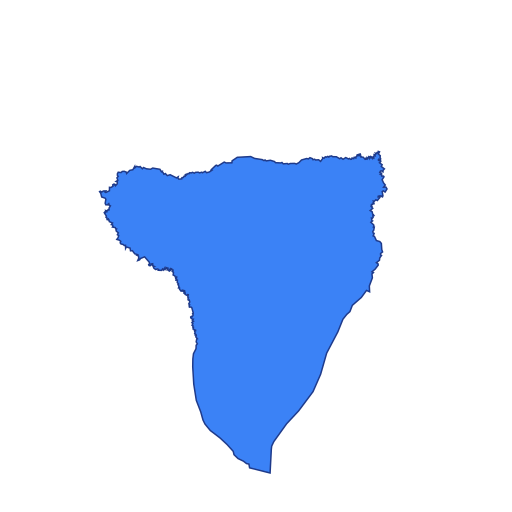 the district of Mercedes, Corrientes, Argentina, rotated 133°
{"feature_id": "61730980B22210913388495", "entity_name": "Mercedes", "entity_type": "district", "adm_level": 2, "iso_a3": "ARG", "parent_name": "Argentina", "parent_adm1": "Corrientes", "projection": "albers", "projection_center": [-57.865, -29.122], "detail": "fine", "context": "isolated", "style": "filled", "palette": "blue", "viewbox_px": 512, "rotation_deg": 133, "n_neighbors": 0, "source": "geoboundaries", "source_scale": "gbopen_adm2", "svg_char_len": 6159}
<svg xmlns="http://www.w3.org/2000/svg" viewBox="0 0 512 512"><g transform="rotate(133 256 256)"><path d="M314.8,414.1L315.6,414.3L316.0,412.3L318.1,409.1L316.6,405.8L316.9,404.5L320.3,402.3L321.0,400.8L319.2,398.7L318.9,399.5L318.1,399.4L318.9,397.9L318.6,396.7L321.0,396.2L322.5,395.0L323.0,395.8L324.3,395.4L325.2,396.9L325.7,395.7L326.2,396.6L327.7,396.5L327.4,395.7L328.1,395.6L328.8,392.7L330.0,392.1L329.8,391.1L330.8,389.9L329.7,389.3L330.4,388.7L329.9,388.2L330.9,386.7L329.7,383.4L331.7,383.2L331.1,382.0L331.9,380.8L332.7,380.7L331.2,378.3L331.7,377.2L331.3,376.4L332.4,376.2L333.1,375.1L332.9,372.5L335.0,371.9L334.7,370.4L336.4,369.4L338.8,369.1L337.7,366.9L337.5,364.9L339.0,364.3L339.3,363.1L338.1,360.8L338.2,359.5L337.2,358.7L339.3,356.6L337.8,357.0L336.1,353.5L337.8,351.3L336.4,350.0L337.1,346.2L335.8,343.6L336.7,343.7L336.1,342.1L337.5,340.3L340.0,339.4L338.2,338.5L336.6,338.8L332.6,336.9L333.3,330.0L334.3,328.3L335.4,328.7L335.9,327.8L335.4,326.8L333.6,326.4L333.1,327.1L332.1,326.3L333.4,325.0L333.1,323.7L333.7,324.3L334.6,322.2L334.3,320.1L332.8,319.4L332.3,318.2L333.1,317.8L330.9,315.2L329.3,315.5L329.5,314.2L327.9,314.5L328.5,313.9L328.1,313.2L326.2,313.8L326.0,312.2L325.6,313.5L324.9,312.0L326.7,311.5L326.1,310.7L326.2,309.1L324.7,308.8L324.3,309.4L324.7,309.9L323.4,310.0L322.9,309.0L323.6,308.6L322.8,307.3L323.5,306.5L324.3,306.8L324.4,305.0L326.4,303.7L325.9,301.8L326.6,300.2L325.6,299.6L326.5,298.8L326.1,299.5L327.4,299.2L327.3,298.3L328.2,298.0L327.3,297.0L329.1,295.5L329.3,293.6L330.1,293.6L330.7,291.7L332.2,290.9L331.5,290.2L332.5,289.1L332.7,287.3L332.0,286.9L332.6,286.7L331.9,285.9L331.0,286.2L330.3,284.9L331.3,285.0L330.9,284.3L331.9,283.7L330.9,283.3L331.5,282.4L332.1,282.6L332.4,281.6L331.7,279.0L330.8,279.6L330.5,279.1L332.6,277.8L332.6,276.9L333.9,276.4L334.4,275.4L333.7,274.8L334.8,273.1L336.9,272.5L336.9,271.2L338.0,271.0L338.8,269.8L337.7,268.8L337.6,267.7L340.5,263.0L342.0,263.1L341.2,262.6L342.5,261.5L344.0,261.3L344.0,261.9L345.1,262.2L345.7,261.6L345.7,259.7L345.0,258.8L346.8,258.4L346.4,257.2L348.5,257.4L348.5,256.0L350.3,255.5L350.0,254.5L351.1,253.7L350.8,253.1L352.3,252.3L351.6,249.9L352.2,250.1L352.2,249.4L352.8,249.7L353.7,248.2L354.6,247.9L354.4,246.5L355.2,246.5L354.9,245.5L356.2,244.9L356.5,242.4L357.2,242.7L359.6,241.2L360.2,239.0L362.1,238.9L364.6,236.7L370.1,235.1L374.2,232.1L380.1,226.8L392.1,214.2L402.3,201.2L407.7,190.1L412.1,182.9L413.7,178.7L414.8,170.4L413.6,158.2L413.6,148.4L414.4,139.4L416.3,136.6L416.4,131.0L414.6,125.2L414.3,121.4L413.0,119.3L415.3,116.2L405.1,97.7L387.0,112.9L384.3,114.9L379.6,116.4L357.8,119.2L340.2,119.2L316.3,121.8L298.4,128.1L278.8,138.1L255.7,144.4L243.0,149.3L236.8,149.8L232.6,149.4L226.4,151.9L214.5,150.7L205.8,151.7L204.7,148.5L200.6,152.7L192.6,156.0L190.0,159.0L188.1,158.8L188.5,160.4L184.3,159.9L179.3,160.4L178.5,161.4L178.8,163.4L174.9,162.8L173.0,164.2L170.0,164.6L170.3,165.6L169.2,166.6L166.7,166.2L165.6,168.3L161.3,172.9L161.0,175.3L162.6,178.5L160.9,182.7L161.4,184.0L158.9,185.0L159.3,186.0L158.3,187.4L157.0,187.4L154.2,189.2L154.8,189.8L153.1,190.8L153.0,191.7L153.0,195.0L150.9,194.7L151.1,195.4L149.5,197.4L149.1,196.6L147.7,196.8L147.2,197.7L146.1,197.3L146.1,198.0L145.3,197.8L146.2,198.5L144.4,201.3L144.9,203.5L141.5,203.1L141.2,205.5L140.5,205.2L140.3,206.4L139.5,206.7L138.5,205.8L137.5,206.5L137.1,205.6L135.8,207.6L135.5,206.8L133.1,206.7L132.7,205.1L128.6,205.3L128.3,206.0L129.5,207.0L128.9,207.4L127.3,206.3L126.5,203.8L125.7,204.1L126.3,204.8L124.8,205.0L122.8,207.7L121.5,207.3L121.2,205.2L117.6,205.9L117.0,208.0L118.6,209.6L115.9,209.9L115.6,212.4L114.2,215.8L110.8,216.4L110.6,217.2L111.8,218.6L110.9,219.5L111.4,220.5L110.3,220.2L109.8,220.6L110.6,222.4L109.0,222.9L108.1,222.2L107.8,220.6L106.7,221.5L104.7,221.5L105.1,225.4L103.2,226.0L103.6,229.3L101.8,229.2L101.3,229.9L102.5,231.5L102.3,232.1L101.3,232.2L101.2,230.5L99.9,231.1L99.3,232.5L97.9,233.5L98.0,236.0L95.6,236.7L96.1,237.9L97.7,236.9L97.8,238.0L99.2,238.0L99.4,238.6L99.7,237.9L100.8,238.3L101.3,237.5L101.5,238.6L102.3,237.8L103.5,237.9L103.2,237.5L104.0,236.7L104.2,237.5L105.0,237.2L104.8,237.7L105.6,238.5L105.0,238.8L105.6,239.2L104.8,239.3L105.0,240.2L106.4,240.8L107.0,240.2L106.7,241.3L108.9,240.8L108.6,241.9L109.2,241.6L109.6,242.2L110.1,241.5L110.9,242.1L110.6,244.9L112.0,246.8L111.4,247.2L112.3,249.7L110.6,248.8L110.3,249.4L112.8,250.8L112.9,249.7L113.9,250.6L114.9,250.2L115.8,250.7L116.3,250.0L116.9,251.5L118.2,251.0L118.8,252.6L120.1,252.1L120.8,252.8L120.8,254.1L121.9,254.5L122.8,257.5L125.9,258.3L126.2,260.8L127.8,261.2L128.6,264.9L131.1,267.7L131.2,268.9L133.2,270.4L134.0,270.2L134.4,271.6L135.7,271.9L136.2,273.0L138.1,272.9L138.6,274.3L139.0,273.7L142.8,273.3L142.9,275.8L145.2,278.0L145.2,279.1L146.7,280.0L146.3,281.1L147.3,283.6L149.3,283.9L150.1,285.4L154.7,288.2L158.5,288.3L161.3,289.3L161.8,290.7L164.9,294.0L166.9,295.0L167.0,296.2L170.0,298.9L169.9,300.8L171.0,301.3L174.4,305.3L174.3,306.9L176.2,310.8L179.5,313.4L179.6,314.9L180.8,315.2L181.2,317.1L185.6,323.6L186.9,327.7L196.6,337.0L202.7,338.4L204.3,337.2L208.3,341.3L209.0,343.3L216.3,345.3L216.4,346.7L217.2,347.2L223.4,347.6L224.0,347.4L223.6,346.8L226.4,347.4L228.8,349.0L228.7,350.9L231.6,351.9L231.7,352.8L233.7,354.0L234.1,355.4L236.1,357.3L237.5,357.6L238.1,359.5L239.4,360.0L240.3,361.3L241.5,361.1L241.9,361.9L244.1,362.2L243.7,362.7L244.7,363.2L246.1,362.2L246.7,363.0L248.1,362.7L249.2,363.6L250.2,362.9L252.4,364.8L252.3,366.3L251.2,366.9L253.1,367.4L255.1,374.2L257.7,375.7L257.5,378.5L259.0,379.1L258.3,381.2L258.7,382.1L258.0,382.4L258.8,383.0L258.1,385.4L262.1,391.5L264.5,392.3L267.0,395.7L268.0,398.6L269.7,398.6L269.6,401.8L270.6,402.1L271.9,404.5L273.9,404.7L273.1,405.8L276.9,404.9L279.4,406.7L283.9,406.9L283.1,408.0L283.9,410.1L285.4,411.5L287.0,411.6L288.7,413.9L290.5,413.4L291.6,412.3L291.7,411.1L293.7,411.0L294.8,408.7L296.9,409.2L296.3,408.0L297.8,406.7L300.4,406.7L299.8,407.6L300.5,408.0L300.1,408.7L300.5,409.1L301.7,409.3L302.5,408.2L304.8,408.8L305.7,410.0L308.2,407.7L312.0,409.1L312.2,410.0L310.8,410.2L312.6,412.0L314.4,412.4L314.8,414.1Z" fill="#3b82f6" stroke="#1e3a8a" stroke-width="1.5"/></g></svg>